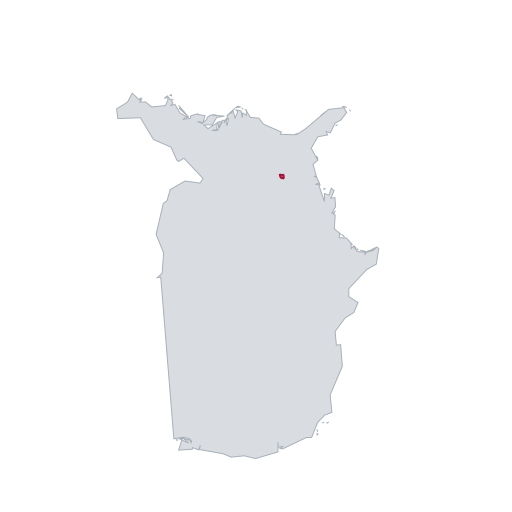 location of Calhoun, Alabama, United States of America, rotated 252°
{"feature_id": "52423323B11453074056273", "entity_name": "Calhoun", "entity_type": "district", "adm_level": 2, "iso_a3": "USA", "parent_name": "United States of America", "parent_adm1": "Alabama", "projection": "orthographic", "projection_center": [-85.86, 33.762], "detail": "fine", "context": "in_parent", "style": "filled", "palette": "rose", "viewbox_px": 512, "rotation_deg": 252, "n_neighbors": 0, "source": "geoboundaries", "source_scale": "gbopen_adm2", "svg_char_len": 4459}
<svg xmlns="http://www.w3.org/2000/svg" viewBox="0 0 512 512"><g transform="rotate(252 256 256)"><path d="M398.4,194.5L423.2,188.8L429.4,167.0L439.1,169.0L442.0,181.3L449.1,188.6L440.4,193.3L440.3,195.7L438.2,193.1L436.8,198.4L430.0,203.0L427.0,216.3L432.2,221.0L435.0,219.9L433.8,217.7L434.9,218.6L435.6,221.2L427.5,224.3L425.5,221.6L425.3,225.7L415.6,227.9L408.9,233.8L409.3,230.8L408.3,229.1L407.2,236.1L409.4,237.1L409.4,242.9L405.2,250.9L399.3,246.9L402.0,241.9L398.7,245.5L400.7,250.5L403.3,253.3L404.0,256.6L398.7,269.3L400.0,261.5L394.2,254.9L396.8,246.9L391.9,249.7L394.8,260.8L389.5,257.8L387.9,258.3L389.1,254.7L388.9,253.6L387.5,256.5L387.6,258.9L395.5,262.5L394.0,264.7L390.3,261.1L389.0,260.5L393.6,264.9L395.5,265.6L394.7,268.6L392.2,266.6L396.2,270.5L395.4,271.2L393.4,269.2L388.7,268.6L394.8,272.2L398.5,271.7L403.1,281.7L399.1,274.0L400.6,279.1L393.6,278.7L399.0,283.3L401.4,281.7L398.6,286.6L391.8,285.6L396.1,287.6L392.8,290.3L397.1,291.7L389.6,293.4L386.2,301.3L379.1,303.8L366.1,318.4L364.2,316.9L359.5,329.8L359.1,332.9L361.7,342.4L373.0,370.3L369.9,385.4L364.5,386.6L359.1,378.8L357.9,372.2L350.1,364.7L352.7,361.2L349.0,361.4L350.3,351.5L341.4,341.8L328.0,344.3L325.6,338.6L312.4,338.0L314.1,335.8L311.8,338.0L305.8,338.9L305.8,334.5L304.7,337.6L286.6,337.9L294.2,340.4L291.4,344.3L297.2,348.5L294.1,350.5L287.8,345.0L287.2,349.1L278.3,346.9L273.5,341.4L270.4,343.9L257.6,338.9L249.7,344.0L251.7,342.6L247.7,340.8L245.1,347.6L236.8,351.3L238.8,350.2L233.6,348.9L235.2,351.5L228.9,353.8L225.8,361.2L223.2,359.7L225.4,362.1L225.1,369.2L227.2,373.8L225.2,375.1L211.1,367.9L208.9,357.0L196.2,334.1L188.7,331.7L180.2,338.6L172.0,331.6L169.5,321.4L159.8,307.9L146.4,304.9L145.5,309.1L124.4,304.0L101.0,283.6L83.8,279.8L83.5,272.1L78.6,263.1L66.2,252.8L67.8,247.8L64.3,221.6L65.5,219.4L66.7,223.2L67.1,217.9L72.0,219.4L62.9,216.3L63.5,193.0L69.6,183.1L72.4,170.2L78.1,163.6L89.5,142.3L93.2,144.6L89.3,141.6L93.4,136.3L91.9,135.7L95.3,122.4L103.9,128.6L98.9,134.2L104.3,131.0L101.4,136.2L98.4,136.6L100.0,137.5L102.9,136.1L106.1,130.9L107.6,121.4L265.4,158.9L265.9,155.4L268.5,161.4L287.4,169.1L307.5,167.7L334.7,184.1L336.0,188.4L345.7,195.0L349.2,211.6L342.7,225.3L346.1,229.6L371.2,217.7L369.8,211.5L371.9,210.3L385.8,208.8L398.4,194.5ZM419.0,230.3L423.1,229.0L408.7,234.9L420.4,228.5L419.0,230.3ZM105.7,126.9L105.4,130.8L105.0,131.3L104.5,128.0L105.7,126.9ZM227.1,372.5L225.7,366.1L226.1,362.5L226.1,366.3L227.1,372.5ZM441.4,193.6L441.8,195.5L441.0,195.2L441.4,193.6ZM273.6,343.3L273.9,344.8L272.5,343.5L273.6,343.3ZM69.8,260.4L71.6,260.2L71.7,260.5L69.8,260.4ZM68.3,259.2L67.3,259.9L67.0,258.9L68.3,259.2ZM431.4,224.0L430.5,225.4L430.1,225.1L431.4,224.0ZM227.6,359.4L226.2,362.1L229.4,356.9L227.6,359.4ZM369.6,361.1L371.8,366.6L369.3,360.6L369.6,361.1ZM76.7,267.9L77.0,269.6L76.6,267.9L76.7,267.9ZM370.8,386.2L369.2,388.1L371.8,384.2L370.8,386.2ZM404.0,285.2L402.5,287.5L403.4,282.2L404.0,285.2ZM105.8,123.6L105.3,124.5L105.0,123.8L105.8,123.6ZM235.2,352.6L232.2,353.6L235.3,352.2L235.2,352.6ZM435.5,223.9L435.6,225.3L434.4,225.2L435.5,223.9ZM75.4,271.9L75.5,273.9L75.1,272.0L75.4,271.9ZM231.5,354.6L230.2,355.2L231.3,354.2L231.5,354.6ZM403.6,259.0L402.1,262.1L403.8,257.8L403.6,259.0ZM248.7,345.2L246.7,346.1L249.6,344.4L248.7,345.2ZM359.8,331.2L359.6,333.6L359.3,332.0L359.8,331.2ZM397.7,292.0L397.2,292.5L398.8,290.6L397.7,292.0ZM332.8,343.8L330.6,345.0L329.7,344.8L332.8,343.8ZM304.9,338.5L304.5,338.9L303.2,338.8L304.9,338.5ZM355.4,372.5L355.8,374.1L355.0,372.1L355.4,372.5ZM299.0,341.6L298.6,343.1L298.6,340.4L299.0,341.6ZM365.7,390.4L364.4,390.6L366.2,390.1L365.7,390.4ZM409.2,244.0L408.5,245.5L409.3,243.4L409.2,244.0ZM401.2,288.1L400.5,288.7L400.3,288.7L401.2,288.1Z" fill="#d9dde1" stroke="#a8b0b8" stroke-width="1"/><path d="M321.9,304.6L322.0,304.8L321.9,305.0L322.0,305.4L321.9,305.4L321.7,305.5L321.4,305.7L321.4,305.9L321.2,305.9L321.2,306.2L321.7,306.2L321.9,306.2L322.0,306.2L322.2,306.5L322.2,306.9L322.4,306.9L322.4,307.0L323.4,307.0L324.0,307.1L324.0,307.3L324.4,307.3L324.4,306.9L324.6,306.9L324.8,306.8L324.8,306.6L325.1,306.7L325.2,305.3L325.4,305.3L325.4,305.1L325.5,305.1L325.7,304.6L325.3,304.6L325.3,304.3L325.5,304.3L325.5,304.1L326.1,304.1L326.1,303.6L324.7,303.4L324.4,303.4L324.4,303.7L323.9,303.6L323.6,303.6L323.3,303.6L323.2,303.6L323.2,304.0L322.9,304.0L322.9,303.8L322.6,303.9L322.6,304.0L322.4,304.4L322.2,304.4L322.2,304.5L321.9,304.6Z" fill="#f43f5e" stroke="#9f1239" stroke-width="1.5"/></g></svg>